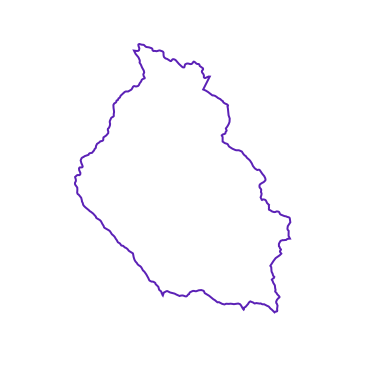 the district of Carlos Fermin Fitzcarrald, Áncash, Peru, rotated 318°
{"feature_id": "86281439B49389172682123", "entity_name": "Carlos Fermin Fitzcarrald", "entity_type": "district", "adm_level": 2, "iso_a3": "PER", "parent_name": "Peru", "parent_adm1": "Áncash", "projection": "equal_earth", "projection_center": [-77.23, -9.052], "detail": "fine", "context": "isolated", "style": "outline", "palette": "violet", "viewbox_px": 384, "rotation_deg": 318, "n_neighbors": 0, "source": "geoboundaries", "source_scale": "gbopen_adm2", "svg_char_len": 6019}
<svg xmlns="http://www.w3.org/2000/svg" viewBox="0 0 384 384"><g transform="rotate(318 192 192)"><path d="M282.4,118.1L281.6,117.3L278.2,116.2L277.9,116.0L277.6,115.4L277.6,114.7L277.9,114.3L278.8,113.4L279.3,112.2L279.5,109.9L279.9,109.1L280.8,108.5L282.0,108.4L282.5,108.1L282.9,107.4L282.1,103.5L282.7,102.2L282.6,101.4L281.7,100.5L281.2,99.6L281.0,97.3L280.7,96.5L280.4,96.2L280.1,96.2L279.0,96.5L277.4,96.6L276.3,95.8L275.2,94.1L274.3,93.2L272.6,92.6L271.8,92.8L269.9,94.1L269.5,94.1L269.0,93.7L268.6,93.2L268.4,92.4L268.0,88.0L268.1,83.3L268.0,82.6L267.4,81.3L266.8,80.6L266.0,80.4L264.2,80.7L263.6,80.3L262.6,76.6L261.7,75.0L261.5,73.2L261.8,72.3L262.4,71.3L264.2,69.2L264.3,68.3L264.0,67.4L262.8,65.3L262.2,64.8L259.9,63.7L258.8,62.3L257.7,61.4L257.5,60.4L258.3,59.0L258.2,58.1L256.8,55.7L255.1,53.7L254.8,52.7L254.7,50.8L254.4,50.1L253.3,49.0L251.9,46.8L251.1,46.5L250.6,46.7L249.9,47.8L249.0,50.0L247.4,51.2L246.6,51.1L246.1,50.9L245.1,50.0L243.5,48.1L242.5,51.6L242.3,56.1L241.3,59.1L240.7,59.9L239.6,60.8L239.2,63.2L238.2,66.0L237.4,69.5L236.5,71.1L235.8,71.5L235.1,71.7L234.4,72.2L233.6,73.7L233.4,75.1L233.1,75.7L232.8,75.8L231.3,75.2L229.8,75.0L228.1,75.8L225.9,76.2L224.1,77.0L222.9,77.1L221.7,76.6L220.9,76.0L219.9,74.6L219.5,74.4L218.7,74.3L216.2,75.2L215.3,75.3L211.9,74.6L209.9,72.9L208.7,72.6L203.4,72.7L201.6,73.5L199.9,73.3L198.7,74.0L197.1,73.6L196.1,74.3L195.4,74.5L193.3,74.2L191.9,74.7L191.5,75.1L189.9,77.1L188.1,79.8L187.2,80.8L186.2,81.5L184.7,83.2L183.9,83.3L182.2,82.9L181.5,82.9L178.6,84.2L177.7,84.9L176.7,86.6L175.4,87.7L173.4,88.7L171.8,88.8L171.4,89.1L170.8,89.8L170.3,91.0L169.1,92.2L166.1,92.6L162.8,92.2L162.3,92.5L160.9,93.9L160.2,94.1L159.1,93.8L157.8,93.0L156.4,93.1L153.6,92.7L151.4,93.6L150.1,94.8L148.2,95.0L146.9,95.6L145.5,95.7L144.2,96.0L143.8,95.9L141.8,94.7L140.9,94.7L140.0,95.1L136.1,93.5L134.8,93.4L133.7,93.0L132.5,93.0L130.4,94.0L129.1,96.5L128.5,98.4L127.9,99.8L127.1,100.2L126.5,99.9L124.9,98.6L123.9,98.8L122.8,100.2L121.8,103.2L120.6,104.2L119.4,104.0L118.6,103.0L117.7,102.6L115.2,102.6L114.8,103.2L114.2,104.7L113.3,105.9L112.8,106.3L111.3,106.8L110.4,107.7L110.1,108.5L109.8,111.1L109.7,111.9L108.6,113.3L106.2,115.7L105.9,116.4L105.7,117.1L106.0,118.1L105.8,122.1L104.5,124.6L103.9,125.4L103.4,127.2L102.6,128.6L102.4,130.0L102.5,132.0L103.2,136.6L103.2,137.7L103.6,139.0L104.1,141.8L104.1,145.3L104.0,146.2L103.6,146.8L103.6,147.6L104.7,151.1L104.8,152.7L103.9,156.3L103.7,157.8L103.1,159.2L103.0,160.0L104.6,164.9L104.8,166.3L104.2,169.8L104.5,172.0L104.5,173.6L104.0,176.0L103.9,177.4L103.3,179.7L104.0,182.0L103.7,184.4L103.9,184.8L104.7,185.8L104.8,186.1L105.0,188.3L105.4,189.0L105.7,190.1L105.9,191.6L105.7,193.1L105.9,194.2L107.0,198.0L106.8,198.5L105.1,201.3L104.3,203.0L103.9,204.0L103.5,205.8L103.5,207.9L103.2,209.4L103.4,210.9L103.9,212.7L103.9,214.1L103.1,217.5L103.3,219.2L102.9,222.6L101.9,226.9L101.3,228.6L101.2,229.5L101.9,231.4L102.9,232.4L103.3,233.0L103.7,234.3L103.8,235.1L103.3,236.2L103.5,238.7L103.5,240.0L102.2,242.6L102.2,243.5L102.5,244.6L102.2,246.4L101.6,247.2L101.6,248.0L101.2,248.6L101.1,249.4L103.7,247.9L106.6,248.6L107.4,249.2L108.5,252.0L111.1,255.9L111.7,257.6L113.2,261.0L114.2,261.4L115.6,262.4L116.3,263.3L117.1,264.9L117.8,265.7L118.6,265.9L120.8,265.6L121.5,265.9L122.4,265.4L123.3,265.2L125.3,265.7L126.6,266.2L127.4,267.0L128.1,268.0L128.8,268.6L131.3,269.6L133.3,271.1L134.3,272.8L134.5,273.5L133.8,275.7L135.3,280.6L136.1,286.0L136.6,287.5L137.1,291.0L138.3,291.9L139.6,295.4L140.9,297.3L142.6,297.9L144.6,299.9L145.7,300.6L146.9,301.9L148.1,303.4L151.7,305.8L152.6,307.4L152.6,308.8L151.7,313.0L151.7,314.0L152.1,313.9L153.4,312.8L154.9,313.2L158.9,312.7L160.3,312.2L162.1,312.3L163.5,315.1L163.8,316.4L164.0,316.8L165.5,317.6L167.7,320.3L168.5,320.8L169.0,322.2L169.5,322.9L170.5,323.7L171.6,326.7L172.3,328.2L172.4,329.1L172.3,331.2L172.6,332.7L172.8,336.7L173.9,336.7L174.9,337.4L175.5,337.5L176.1,337.1L176.9,335.9L179.5,333.7L180.3,331.8L180.4,330.8L181.2,329.8L182.9,329.0L184.8,328.7L186.3,328.8L186.8,328.6L187.0,327.6L186.9,325.0L187.2,323.9L187.2,321.7L187.5,321.3L188.5,320.8L189.4,319.2L191.1,316.8L191.6,314.0L192.4,311.9L192.6,310.6L193.9,310.4L194.9,310.7L195.5,310.6L196.3,310.2L196.2,309.5L196.5,308.0L197.3,306.5L197.6,305.1L198.2,303.9L200.6,300.9L200.8,299.3L206.3,297.8L209.9,297.1L214.7,297.7L217.1,297.6L217.4,295.3L217.8,294.8L219.2,294.5L219.7,294.2L219.7,292.8L220.3,291.4L220.3,290.5L221.4,289.2L221.9,288.7L223.4,288.1L225.2,287.6L227.1,288.4L227.7,289.0L229.9,290.6L231.6,290.7L233.6,292.2L234.4,289.2L237.8,285.6L237.9,283.9L238.5,283.0L240.3,281.5L244.8,280.3L247.1,276.9L247.2,276.2L246.9,275.4L246.2,274.4L245.5,272.9L244.6,271.8L242.8,268.1L242.7,267.3L243.3,265.2L243.1,264.5L242.6,263.8L241.8,263.0L240.5,262.6L239.6,261.9L238.5,260.1L238.0,258.1L237.5,257.0L237.4,256.6L237.9,255.9L238.9,255.0L239.8,253.7L240.6,253.2L240.4,250.5L241.1,248.2L241.2,247.2L240.9,246.4L240.3,245.5L239.4,244.8L238.7,244.8L238.6,244.5L239.4,241.9L241.4,240.8L242.5,239.9L242.9,239.2L243.2,238.2L244.9,236.7L245.2,235.9L245.3,233.9L246.1,232.7L247.0,232.0L248.0,231.8L250.4,232.2L251.8,232.6L254.2,232.5L254.8,232.1L255.6,230.9L256.3,228.5L256.4,225.6L257.0,221.2L256.8,220.4L256.4,220.0L255.3,219.4L255.0,218.7L254.5,216.5L254.7,213.5L255.6,210.7L256.1,207.7L256.1,206.3L255.7,203.2L256.0,201.4L255.6,199.9L255.6,198.2L256.1,195.3L255.3,193.4L254.7,192.3L253.1,190.9L252.4,190.0L251.0,186.9L250.0,183.2L250.0,182.6L250.5,180.5L250.3,179.7L249.1,177.6L248.5,175.0L251.4,171.8L251.8,171.0L251.8,170.1L252.0,169.8L253.6,169.9L254.7,170.5L255.9,170.8L257.2,169.9L258.7,169.6L259.0,169.3L259.2,168.5L259.7,167.4L261.9,167.0L264.7,166.1L266.8,165.0L269.2,162.6L270.5,159.5L274.6,153.9L275.6,152.2L275.8,152.0L276.3,152.1L276.6,151.9L276.8,151.4L276.6,150.1L275.8,148.5L275.3,146.6L275.3,146.2L275.7,145.3L275.3,143.7L275.2,142.0L274.2,139.5L273.9,137.6L273.4,135.9L272.6,134.6L271.8,133.8L270.8,128.3L270.0,125.6L268.9,123.3L282.4,118.1Z" fill="none" stroke="#5b21b6" stroke-width="2"/></g></svg>